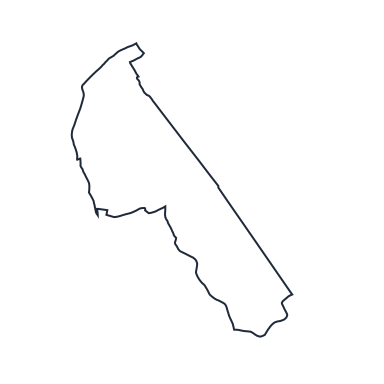 Poplaca, Sibiu, Romania (Equal Earth projection), rotated 309°
{"feature_id": "2599482B20961139122315", "entity_name": "Poplaca", "entity_type": "district", "adm_level": 2, "iso_a3": "ROU", "parent_name": "Romania", "parent_adm1": "Sibiu", "projection": "equal_earth", "projection_center": [23.942, 45.668], "detail": "fine", "context": "isolated", "style": "outline", "palette": "slate", "viewbox_px": 384, "rotation_deg": 309, "n_neighbors": 0, "source": "geoboundaries", "source_scale": "gbopen_adm2", "svg_char_len": 4155}
<svg xmlns="http://www.w3.org/2000/svg" viewBox="0 0 384 384"><g transform="rotate(309 192 192)"><path d="M114.6,133.4L115.5,132.6L119.2,128.9L119.7,129.5L124.6,137.6L120.4,139.9L123.1,146.4L123.6,147.4L124.6,148.4L126.4,150.0L129.3,152.0L132.0,153.8L134.6,155.7L137.1,157.6L138.8,158.5L141.5,159.9L143.1,160.6L144.9,161.3L145.8,161.6L146.7,162.2L147.4,162.7L148.2,163.5L149.0,164.3L149.6,165.1L149.8,165.8L149.2,166.5L148.5,166.9L148.2,167.1L148.3,170.7L148.3,171.6L149.3,172.7L151.2,174.1L153.9,175.9L156.8,177.1L159.3,178.3L161.5,179.4L164.0,180.3L160.9,182.8L158.7,184.3L157.1,185.6L155.7,187.1L154.6,189.0L154.1,191.0L152.7,193.1L150.8,198.0L148.9,201.8L148.0,203.7L147.0,205.1L146.6,206.4L146.4,208.5L145.3,209.2L142.4,210.4L141.7,210.7L141.0,211.8L140.2,214.5L139.0,217.2L138.6,218.9L138.6,220.4L139.1,222.5L139.9,225.9L140.8,230.4L141.7,234.1L141.7,236.2L141.5,237.6L141.0,239.0L140.1,240.4L139.4,241.3L137.9,242.3L135.6,243.6L134.6,244.2L133.4,244.8L132.5,245.4L131.9,245.8L131.5,246.4L130.8,247.5L129.5,250.1L129.0,251.5L128.5,252.9L127.6,257.0L127.6,259.2L127.3,261.0L126.8,262.2L126.1,264.2L125.2,266.4L123.8,269.4L123.4,270.7L123.3,272.3L123.3,274.3L123.4,276.6L123.7,278.7L124.1,280.0L124.6,281.5L124.9,283.2L125.3,285.1L125.6,287.1L125.5,288.5L125.0,290.0L124.1,291.5L122.9,293.2L121.8,294.8L120.9,296.2L119.3,298.5L118.2,300.5L117.0,303.0L116.0,305.0L115.2,306.6L114.3,307.8L113.1,309.4L111.5,311.3L111.9,312.0L112.6,312.7L114.0,314.8L115.2,317.2L116.8,320.1L117.9,321.7L118.6,322.8L119.4,324.0L120.1,325.1L120.5,326.0L120.7,327.6L120.9,329.2L120.9,330.5L121.1,331.9L121.2,333.0L121.9,334.7L122.5,336.0L123.8,337.0L125.7,338.0L126.6,338.4L126.9,338.5L127.5,338.4L130.2,338.0L132.5,337.7L134.3,337.6L134.9,337.6L135.7,337.5L136.6,337.5L138.1,337.5L139.6,337.6L141.6,338.0L143.0,338.5L144.0,339.1L145.4,340.1L147.2,341.7L148.6,342.6L149.8,343.3L150.5,343.7L151.6,344.0L153.6,344.3L155.1,344.0L156.4,343.4L157.0,342.6L157.9,340.7L159.0,338.0L160.7,334.5L161.8,332.2L162.5,331.5L163.5,331.4L164.6,331.3L166.0,331.6L168.2,332.0L169.6,332.3L171.0,332.5L172.3,332.9L174.3,333.8L175.4,334.4L176.1,331.8L192.9,274.7L199.8,251.1L207.2,225.7L212.0,209.7L213.3,208.6L216.2,196.0L216.9,193.1L220.9,176.7L226.5,152.7L238.0,105.1L238.1,104.3L238.7,102.9L239.6,99.2L239.6,97.8L239.3,96.7L239.0,95.9L239.2,93.5L239.3,92.3L240.0,90.5L241.0,88.7L241.5,86.7L242.8,83.4L244.1,82.4L244.9,81.2L245.2,80.4L245.3,79.0L245.5,78.1L245.9,77.4L246.7,77.1L247.4,77.2L247.7,77.6L248.0,77.8L248.3,77.0L248.9,74.5L250.5,70.7L252.1,66.1L252.6,64.7L253.3,62.8L253.9,62.0L257.6,64.0L261.3,65.5L264.1,66.9L265.7,67.3L269.6,67.2L270.2,61.3L270.6,60.2L271.2,58.5L271.6,57.2L271.8,56.2L272.5,55.2L270.7,54.4L269.7,54.0L268.5,53.5L266.7,52.4L264.1,50.8L261.3,49.5L259.0,48.3L257.5,47.5L256.3,47.0L255.2,46.5L254.5,46.3L253.2,46.0L252.2,45.9L251.3,45.7L250.1,45.5L248.3,45.3L247.6,45.0L246.3,44.5L245.6,44.3L244.5,43.8L243.6,43.5L243.2,43.4L242.8,43.4L241.4,43.3L240.6,43.3L239.7,43.2L239.1,43.1L238.3,43.0L237.8,43.0L236.9,43.0L236.4,43.0L236.1,43.0L235.8,43.0L235.4,42.9L235.0,42.8L234.2,42.7L232.2,42.7L229.2,42.3L225.2,41.6L221.5,41.1L218.7,40.8L214.9,40.4L210.1,40.0L208.4,40.0L207.4,39.9L206.9,39.7L205.8,39.8L205.3,40.0L204.3,40.4L203.5,41.3L202.5,42.5L201.6,44.2L200.9,45.2L200.0,46.1L199.3,46.9L198.2,47.6L195.6,48.8L190.3,51.1L186.6,52.6L181.1,54.4L177.8,55.5L174.9,56.5L173.4,57.1L170.5,58.2L169.0,58.7L167.1,59.3L165.4,59.8L163.3,60.9L161.1,62.3L160.5,62.8L158.6,64.6L157.6,66.3L156.5,68.0L155.6,69.1L154.7,70.0L152.8,73.5L151.1,76.1L150.3,77.3L149.3,78.5L148.9,78.9L147.8,80.2L146.4,81.2L145.2,82.0L144.9,82.5L146.6,83.4L147.5,83.9L147.7,84.1L147.0,84.8L146.1,85.6L144.8,86.8L144.1,87.4L143.3,88.1L142.6,88.6L142.2,88.8L141.9,89.4L141.5,90.4L141.1,91.4L141.0,92.2L139.8,94.1L139.3,94.9L138.2,97.7L137.0,100.2L135.8,103.0L135.0,104.7L134.4,105.9L133.5,107.1L131.2,109.2L130.1,110.0L128.5,111.2L127.8,111.6L127.2,111.9L126.7,112.3L126.7,112.6L126.2,113.7L126.0,114.3L125.3,116.3L124.2,118.8L123.5,120.4L122.9,121.4L121.7,122.8L120.4,124.6L119.5,125.6L117.3,128.3L116.3,129.5L115.4,130.8L115.1,131.8L114.6,133.4Z" fill="none" stroke="#1e293b" stroke-width="2"/></g></svg>